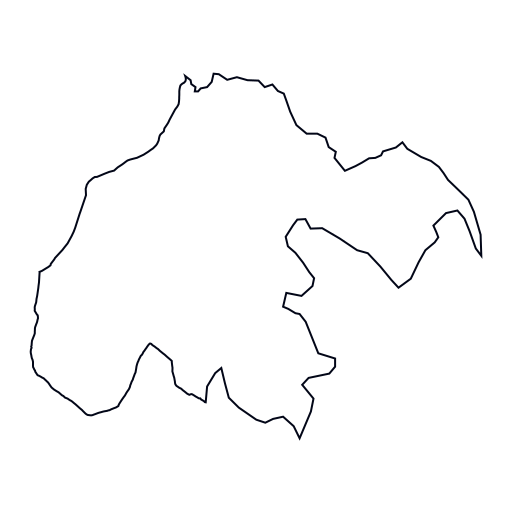 Maseru (Berea Distict), Berea, Lesotho
{"feature_id": "5366337B16311168562684", "entity_name": "Maseru (Berea Distict)", "entity_type": "district", "adm_level": 2, "iso_a3": "LSO", "parent_name": "Lesotho", "parent_adm1": "Berea", "projection": "equal_earth", "projection_center": [27.544, -29.28], "detail": "fine", "context": "isolated", "style": "outline", "palette": "ink", "viewbox_px": 512, "rotation_deg": 0, "n_neighbors": 0, "source": "geoboundaries", "source_scale": "gbopen_adm2", "svg_char_len": 4633}
<svg xmlns="http://www.w3.org/2000/svg" viewBox="0 0 512 512"><path d="M185.2,76.0L185.5,76.9L185.8,78.7L185.8,79.8L185.3,81.4L183.7,83.0L182.7,83.4L181.3,84.5L180.4,85.5L179.9,87.3L179.5,89.3L179.3,91.2L179.3,93.0L179.3,95.0L179.2,97.0L179.2,98.8L179.0,101.6L178.6,104.2L177.3,106.6L175.1,109.5L171.8,115.6L169.7,119.5L168.2,122.7L166.8,124.9L165.7,126.5L164.4,128.4L163.8,131.4L160.4,134.5L159.6,136.0L159.0,138.3L158.7,140.4L157.2,143.7L156.1,145.3L153.0,148.4L150.6,150.0L148.3,151.7L143.6,154.7L137.0,157.8L133.0,158.8L130.0,159.6L127.5,160.5L125.8,161.7L123.6,163.4L122.1,164.5L117.8,167.3L116.2,168.7L114.1,170.6L109.2,171.9L104.6,173.7L100.1,175.6L97.0,176.9L94.8,177.0L92.6,178.4L90.6,180.2L88.8,181.7L86.8,184.8L85.7,188.9L86.0,195.2L80.6,211.1L79.6,213.9L78.4,217.7L75.5,226.8L75.1,228.0L73.7,231.7L71.6,236.1L67.6,243.4L64.4,247.4L62.4,250.0L55.0,258.0L54.3,259.3L50.8,263.9L50.5,265.3L48.3,267.0L46.3,268.2L41.9,270.9L39.5,271.9L39.6,272.3L39.1,280.4L39.0,282.3L38.5,286.1L38.3,288.0L37.5,293.6L37.1,296.2L36.5,299.0L36.3,301.3L36.1,302.6L35.6,304.0L35.0,305.8L34.7,307.1L34.8,309.5L34.7,310.8L35.3,311.8L35.9,312.8L36.9,314.5L37.7,315.3L37.9,316.7L38.0,318.3L37.5,319.9L37.2,321.5L36.8,322.8L36.3,324.0L35.5,326.2L35.1,327.3L34.9,328.7L34.9,330.0L34.8,331.4L34.8,333.3L34.3,334.9L33.7,336.4L32.9,338.4L32.0,340.7L31.8,342.5L31.7,343.7L31.6,345.4L31.2,346.7L31.6,347.8L31.0,349.1L30.7,351.6L30.8,353.1L31.3,355.3L31.5,356.6L31.9,358.4L32.5,359.6L33.0,361.8L33.0,363.8L33.0,365.6L33.1,367.1L33.8,368.4L34.3,369.6L35.0,370.5L35.3,371.8L36.0,372.8L36.7,373.9L37.6,375.2L39.1,375.8L41.1,376.9L42.0,377.5L43.7,378.3L45.0,379.6L45.9,380.4L47.1,381.6L48.0,382.4L49.1,383.9L50.0,385.3L51.5,387.4L52.3,388.1L54.1,389.6L56.8,391.3L58.6,392.3L62.0,395.3L63.4,396.0L65.0,397.6L67.6,398.6L68.7,399.4L70.1,400.3L71.1,400.8L72.1,401.5L74.1,403.2L75.5,404.3L76.6,405.3L77.5,406.1L79.8,408.2L82.0,410.0L82.7,410.8L83.6,411.7L85.3,413.4L86.3,414.2L87.5,414.9L88.8,415.1L90.4,415.3L91.6,415.3L92.6,415.1L93.8,414.6L95.0,414.2L96.0,413.8L98.1,413.0L99.4,412.6L101.0,412.2L102.7,411.7L103.9,411.4L105.6,411.1L107.3,410.8L108.3,410.4L109.5,410.2L111.2,409.3L113.2,408.5L114.2,408.1L115.9,407.5L117.4,406.6L118.3,406.1L118.7,404.9L119.3,403.7L120.2,402.3L121.1,400.9L122.3,399.1L123.0,398.1L124.0,396.7L124.8,395.7L125.6,394.3L126.3,393.0L127.2,391.6L128.2,390.2L128.9,389.2L129.9,387.0L130.3,385.2L130.9,383.8L131.6,381.8L132.8,379.6L133.2,378.2L134.1,375.8L134.7,374.1L135.5,372.5L136.1,369.1L136.3,367.8L136.5,366.4L137.1,364.1L137.7,362.3L138.4,360.9L138.9,359.5L139.6,358.2L140.8,355.8L142.0,354.7L142.8,353.3L143.4,352.0L144.5,350.6L145.5,349.1L146.2,348.2L147.1,346.8L148.1,345.4L148.9,344.4L150.0,343.5L151.3,343.9L152.4,345.1L154.7,346.6L155.8,347.5L157.0,348.4L158.1,349.1L159.7,350.7L160.8,351.6L163.0,353.4L164.6,354.6L165.5,355.4L166.7,356.5L167.5,357.2L169.4,358.8L170.9,360.1L171.8,361.0L171.8,362.3L172.2,365.8L172.5,367.8L172.4,371.4L173.3,374.6L173.7,376.1L174.2,377.6L174.7,380.4L174.9,381.5L175.0,382.9L175.4,384.4L176.5,385.9L177.9,386.8L179.3,387.8L180.2,388.2L181.2,388.7L182.8,390.2L184.0,391.1L184.9,391.8L186.0,392.7L187.2,393.7L189.3,394.8L191.2,394.1L192.2,394.3L193.2,394.9L194.5,395.7L195.5,396.4L196.8,397.1L198.1,397.9L199.1,398.4L200.3,398.4L201.1,399.5L202.0,400.0L202.9,400.5L204.0,401.2L204.8,402.1L205.7,402.3L207.1,386.5L215.2,373.1L221.3,368.0L224.9,383.1L228.8,397.7L238.8,407.6L256.3,419.7L265.3,422.7L273.1,418.9L283.1,416.7L293.7,426.2L299.6,438.3L310.9,411.5L313.5,398.6L302.2,384.8L308.6,377.9L329.3,373.6L335.1,366.7L335.1,358.5L318.3,353.3L305.7,321.8L299.6,314.0L295.4,313.2L288.3,308.9L283.1,306.7L286.3,292.9L301.5,295.9L312.5,286.0L314.1,278.2L309.3,272.2L303.1,262.7L295.4,252.8L287.9,246.3L285.7,236.8L293.1,225.2L297.3,219.6L305.4,219.1L310.6,228.6L322.2,228.2L339.7,238.5L357.1,250.2L367.8,253.2L380.4,266.6L391.4,280.0L398.5,287.7L410.8,278.7L418.6,262.3L425.4,250.2L434.7,242.4L438.3,237.3L436.3,232.1L433.4,225.6L446.0,213.1L457.4,210.5L464.5,218.7L469.6,231.2L475.8,248.5L481.3,255.8L480.6,234.7L473.9,211.8L468.4,199.7L458.7,190.2L448.0,179.9L443.5,173.0L438.9,166.9L430.9,160.9L421.2,157.0L407.3,148.8L402.4,142.3L395.9,147.5L383.0,151.4L381.1,155.3L375.3,157.9L369.1,158.3L362.0,162.6L355.5,166.1L344.9,170.8L334.5,157.9L335.8,151.8L328.7,147.1L325.5,137.6L317.4,133.7L306.7,133.7L296.4,125.1L290.2,111.7L286.3,100.5L283.8,93.6L277.9,91.0L272.4,84.5L264.7,87.1L258.5,80.6L247.5,80.2L236.9,77.2L227.2,79.8L218.8,74.2L213.6,73.7L211.7,81.9L207.1,87.1L200.7,88.4L198.1,91.4L194.8,91.4L195.5,87.1L191.3,84.1L190.6,80.2L185.2,76.0Z" fill="none" stroke="#020617" stroke-width="2"/></svg>